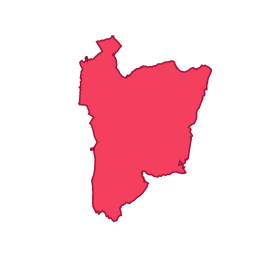 the district of Cozieni, Buzau, Romania, rotated 116°
{"feature_id": "2599482B64756507378142", "entity_name": "Cozieni", "entity_type": "district", "adm_level": 2, "iso_a3": "ROU", "parent_name": "Romania", "parent_adm1": "Buzau", "projection": "mercator", "projection_center": [26.473, 45.333], "detail": "fine", "context": "isolated", "style": "filled", "palette": "rose", "viewbox_px": 256, "rotation_deg": 116, "n_neighbors": 0, "source": "geoboundaries", "source_scale": "gbopen_adm2", "svg_char_len": 5709}
<svg xmlns="http://www.w3.org/2000/svg" viewBox="0 0 256 256"><g transform="rotate(116 128 128)"><path d="M64.4,194.1L67.2,189.3L70.2,184.8L70.5,184.6L72.3,185.5L72.8,186.0L74.6,187.1L77.2,187.8L77.9,188.6L78.9,188.6L81.5,189.5L82.1,190.1L82.1,190.5L82.0,190.9L82.1,191.5L83.2,191.7L83.3,192.8L83.9,193.8L85.1,193.8L82.1,195.9L82.1,196.6L83.4,197.2L84.1,196.8L84.6,196.3L84.0,195.9L85.2,195.0L86.0,194.8L86.3,195.1L86.1,195.5L86.7,195.7L87.1,196.1L88.3,196.1L88.3,197.2L88.2,198.3L87.6,199.1L88.8,199.7L90.3,200.0L92.5,198.0L94.9,194.7L96.3,194.5L97.3,194.8L97.9,194.8L100.0,193.8L100.9,193.7L102.6,193.0L103.4,193.0L104.3,192.4L104.3,192.2L104.1,191.8L104.6,191.7L105.0,190.9L105.9,190.6L107.5,190.9L108.0,190.7L109.1,189.7L110.2,189.4L110.9,188.8L111.6,188.9L112.4,189.6L112.8,189.6L112.9,188.9L112.8,188.2L114.1,188.0L114.3,187.9L114.4,187.2L114.9,187.0L116.0,187.0L117.1,186.8L118.1,186.0L120.3,185.3L121.1,184.8L124.0,183.8L126.1,182.6L127.1,183.1L128.3,181.9L127.9,181.5L127.6,180.1L126.9,178.9L126.6,177.7L126.2,177.1L126.1,175.2L126.3,174.3L126.8,173.8L127.4,173.4L127.8,172.7L129.4,170.8L131.0,169.6L132.6,169.7L133.2,163.7L140.5,164.4L141.3,162.3L144.7,158.9L150.9,153.8L154.4,149.1L155.2,149.5L159.5,149.9L159.7,149.4L160.3,149.6L161.3,150.7L161.6,149.8L162.0,149.1L162.6,149.6L163.2,150.5L162.8,151.0L161.8,151.1L162.3,152.1L162.7,151.8L163.4,152.4L164.2,151.6L162.9,149.8L163.4,148.7L166.0,147.0L170.4,143.7L171.5,143.4L172.7,142.7L178.0,140.5L180.4,139.3L181.7,139.3L182.2,138.9L185.1,138.3L191.1,137.5L195.6,134.4L197.8,133.1L199.4,132.5L200.2,131.7L201.3,131.1L203.1,130.3L204.5,130.0L205.4,129.2L206.5,128.7L206.6,128.9L207.2,128.7L207.2,128.4L210.9,126.8L212.6,125.6L213.5,125.1L213.8,125.2L214.7,123.6L215.0,123.5L218.1,119.5L216.6,119.1L215.9,118.4L217.9,117.3L218.2,116.8L218.2,116.6L217.8,116.2L216.8,116.2L216.3,116.0L215.5,115.4L214.4,115.2L214.0,114.3L214.2,113.5L213.8,112.7L215.1,110.5L217.0,108.6L216.0,107.6L215.7,107.1L217.1,106.5L217.6,105.4L217.6,105.1L217.1,104.8L216.3,103.7L217.2,102.5L218.2,99.8L217.5,99.1L216.9,99.0L216.2,97.6L214.2,97.7L210.6,97.3L209.5,95.7L206.5,97.7L203.6,100.3L202.6,99.5L201.4,100.0L201.0,100.0L199.1,98.4L198.3,98.2L197.8,97.6L196.7,97.2L196.0,97.1L195.7,96.9L195.5,96.5L195.6,95.7L195.4,95.0L195.3,93.8L194.6,93.3L194.0,93.1L193.3,92.6L191.6,91.8L190.3,90.9L188.2,90.2L185.6,89.1L184.4,88.0L181.7,87.1L179.9,86.3L177.6,85.9L176.7,85.9L175.1,85.4L173.7,85.4L173.1,85.2L171.5,85.3L169.7,85.9L169.4,85.8L169.1,85.4L168.7,85.5L168.7,87.4L168.3,89.2L168.3,89.5L169.2,89.6L169.2,90.1L168.9,90.4L167.4,90.3L167.3,91.3L166.0,91.7L165.9,91.9L166.2,92.4L166.2,92.5L165.1,93.3L165.2,93.8L165.0,94.4L163.8,95.1L162.3,95.1L161.5,95.8L161.5,96.4L161.4,96.4L160.6,95.9L159.9,95.1L159.6,94.2L160.0,92.4L160.7,91.2L160.7,88.6L160.0,87.0L159.4,86.4L159.6,85.7L160.0,83.6L159.8,82.5L159.2,80.7L158.9,79.6L157.2,78.9L156.9,77.0L155.4,76.7L154.5,75.7L154.0,73.6L153.3,72.8L152.2,72.1L151.7,70.5L150.3,69.5L147.9,68.2L147.3,67.0L146.1,65.5L146.0,62.3L145.5,61.4L145.2,59.7L143.6,57.0L143.1,56.7L142.9,56.2L142.7,56.0L142.8,56.3L140.1,61.2L139.1,59.7L138.4,59.9L138.8,60.4L138.9,61.5L137.9,61.8L136.5,62.9L137.7,64.1L139.1,66.0L134.9,66.9L135.5,66.0L135.9,65.8L135.9,65.3L136.5,64.8L136.2,63.1L135.9,62.5L134.7,61.5L133.9,61.3L133.3,61.5L131.9,62.5L131.2,62.7L131.3,61.8L130.7,61.7L130.6,61.1L129.9,60.9L129.5,61.2L129.3,60.8L128.6,60.7L120.4,63.4L109.4,66.6L108.9,67.9L108.5,67.8L107.2,66.7L106.6,66.8L104.3,70.6L103.3,70.8L102.3,70.6L101.5,71.0L101.0,72.3L100.8,73.8L99.7,73.6L98.4,73.0L96.4,71.8L95.2,70.7L94.6,70.4L90.0,70.6L88.4,71.0L85.5,72.4L84.6,73.0L82.1,73.6L80.5,73.4L79.2,72.9L74.1,73.5L68.8,73.6L68.4,74.3L66.1,74.5L65.3,73.5L63.2,74.2L62.9,74.9L61.8,75.0L61.2,75.8L58.9,75.3L58.9,75.0L59.2,74.6L59.2,74.3L58.8,74.0L55.7,75.7L54.6,75.9L54.1,76.6L52.8,76.4L49.9,77.3L47.3,77.9L42.3,77.9L39.6,78.3L38.7,79.4L38.0,81.9L38.0,82.8L38.1,83.3L37.8,85.8L38.1,86.5L38.9,87.1L39.2,89.1L39.4,89.4L41.6,89.5L43.3,91.0L45.3,91.9L44.8,92.5L45.8,94.1L45.1,95.5L45.6,96.3L46.6,97.1L46.8,97.5L49.2,98.6L52.8,101.4L53.2,102.1L53.3,103.6L53.7,104.4L54.0,105.6L53.7,107.4L53.2,108.1L52.6,110.9L52.2,110.9L52.2,110.5L51.9,110.8L51.5,111.9L50.6,112.7L50.6,113.4L50.4,113.7L50.3,114.1L49.3,114.3L48.4,115.0L48.4,115.7L48.1,116.6L48.7,118.5L49.0,118.8L50.4,119.7L50.7,120.5L51.3,121.2L51.9,122.6L53.2,124.2L53.6,124.4L54.6,125.2L55.3,125.5L55.9,126.3L56.4,127.5L57.3,128.9L58.0,129.5L58.8,129.6L59.3,129.9L60.2,130.7L60.8,131.7L61.7,132.8L62.6,133.1L62.9,133.7L62.8,134.0L63.4,135.6L64.6,136.8L64.8,137.3L64.8,137.9L64.7,138.3L64.7,139.1L65.4,140.3L65.6,141.6L66.0,141.7L66.1,141.4L66.5,142.0L67.2,142.7L67.4,142.6L67.4,142.9L68.1,143.2L68.5,143.2L68.9,143.8L69.2,143.7L69.6,144.3L70.3,145.0L70.9,146.0L72.5,147.2L73.0,147.0L73.7,147.3L73.8,147.6L74.7,147.9L76.0,148.9L76.4,148.4L77.1,148.9L78.8,149.1L79.0,149.5L79.3,149.6L80.3,149.4L81.1,150.4L81.0,150.6L80.7,150.6L80.9,150.8L80.8,151.1L81.2,151.4L81.3,151.1L81.7,151.4L81.4,151.8L82.3,151.9L82.3,151.3L82.6,151.3L83.2,151.4L83.1,151.7L84.0,152.1L84.2,154.2L84.1,156.0L82.2,160.1L81.4,160.7L81.4,161.0L81.6,161.0L81.1,161.1L78.7,165.5L77.5,165.4L76.2,165.8L72.6,168.1L70.6,170.1L69.7,171.7L68.8,172.4L68.4,172.5L68.3,172.9L68.9,173.2L69.1,173.7L68.1,173.8L67.4,172.3L65.9,172.2L64.0,171.3L61.4,171.0L60.7,170.7L58.8,170.4L58.5,170.1L57.0,170.2L57.1,170.5L56.8,170.8L56.4,172.3L55.6,173.0L55.6,174.1L55.2,174.6L54.2,177.2L53.9,178.9L53.1,180.1L53.0,180.8L52.0,181.2L52.2,181.3L52.1,182.3L52.5,182.8L53.1,182.4L53.9,182.5L55.5,183.4L56.6,184.6L57.1,185.6L58.2,187.0L59.8,187.9L60.1,188.4L60.2,189.4L60.4,189.7L62.7,191.7L62.7,192.0L63.0,192.4L63.0,193.2L64.4,194.1Z" fill="#f43f5e" stroke="#9f1239" stroke-width="1.5"/></g></svg>